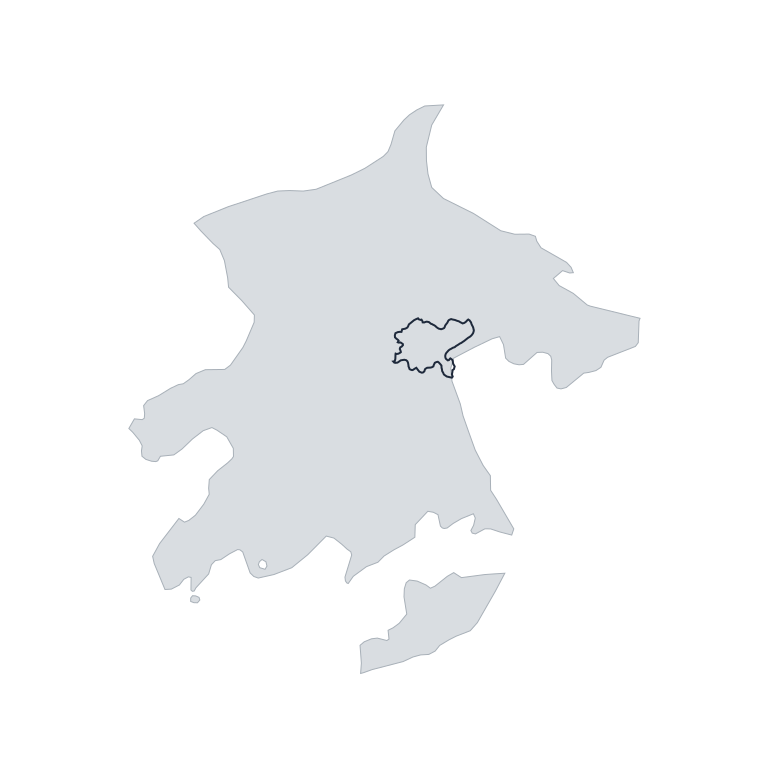 Imishli District, İmişli, Azerbaijan shown in context, rotated 286°
{"feature_id": "54616110B47039748407948", "entity_name": "Imishli District", "entity_type": "district", "adm_level": 2, "iso_a3": "AZE", "parent_name": "Azerbaijan", "parent_adm1": "İmişli", "projection": "equal_earth", "projection_center": [48.045, 39.875], "detail": "fine", "context": "in_parent", "style": "outline", "palette": "slate", "viewbox_px": 768, "rotation_deg": 286, "n_neighbors": 0, "source": "geoboundaries", "source_scale": "gbopen_adm2", "svg_char_len": 5702}
<svg xmlns="http://www.w3.org/2000/svg" viewBox="0 0 768 768"><g transform="rotate(286 384 384)"><path d="M517.7,612.0L514.8,611.8L493.8,617.0L489.4,615.3L471.3,591.6L467.6,589.0L459.8,587.9L455.3,584.0L451.6,577.7L449.5,573.0L430.9,560.2L428.1,555.5L427.8,551.4L430.5,547.7L433.6,544.5L442.7,541.4L453.3,538.6L456.7,536.6L458.4,533.2L458.3,527.8L456.5,522.4L441.3,512.7L439.7,508.5L439.2,503.3L440.1,498.0L442.4,493.8L454.8,488.0L461.4,482.1L457.3,475.5L443.9,460.4L428.1,443.9L417.6,443.8L405.4,448.6L385.9,462.8L375.1,468.8L361.0,478.8L345.6,489.9L333.0,501.8L325.2,511.5L311.2,515.8L304.1,524.0L280.5,548.7L274.0,548.4L273.7,536.1L274.1,526.4L272.6,520.9L265.1,513.2L265.0,509.9L267.1,507.9L272.9,509.1L280.3,508.7L283.9,505.7L276.0,495.6L269.0,488.9L263.0,484.4L261.7,481.7L261.7,479.7L263.0,477.4L273.3,471.9L274.3,466.8L273.7,461.2L257.4,452.8L245.2,455.9L234.4,446.5L227.4,439.3L218.7,431.5L211.0,427.3L203.6,417.5L190.7,407.5L182.4,404.6L182.5,403.1L184.1,401.2L187.6,399.7L210.7,400.1L213.6,398.3L215.1,394.0L218.3,387.6L222.1,378.3L221.9,370.4L198.8,357.7L182.0,346.0L170.5,330.7L162.8,316.6L163.1,311.9L165.5,307.4L183.6,294.5L184.9,291.2L184.5,288.9L178.2,282.3L170.2,275.5L167.7,270.5L162.7,267.9L153.1,267.8L136.3,259.4L132.7,258.6L131.9,256.9L132.8,255.2L144.9,251.9L144.7,249.1L141.1,245.4L134.4,242.7L128.2,236.1L126.1,230.1L148.1,212.6L154.6,209.1L168.8,212.3L198.2,223.9L196.2,230.3L199.1,234.0L205.9,238.9L218.8,243.9L229.8,246.4L235.4,244.2L244.0,242.4L254.9,248.1L265.0,255.4L270.1,258.4L272.8,259.3L280.6,256.9L289.9,247.4L293.6,236.1L294.7,230.6L289.3,223.1L278.3,215.0L265.9,207.8L257.9,201.5L252.9,189.0L247.8,187.7L246.5,186.0L245.7,181.8L245.9,175.9L247.8,171.3L252.8,169.3L257.9,168.6L262.5,164.3L268.4,155.7L270.9,151.0L281.7,153.7L283.1,161.4L285.0,163.0L289.5,162.1L297.0,158.9L302.9,161.3L310.5,170.4L321.0,180.0L326.7,186.5L328.9,191.0L334.3,195.3L342.2,200.4L348.5,208.3L354.1,226.9L359.8,231.2L380.2,238.3L387.4,239.7L407.5,242.2L414.6,240.4L424.9,224.4L434.2,207.9L442.9,204.5L458.6,196.6L468.0,189.1L471.9,181.0L480.7,165.7L486.2,157.1L495.4,164.7L511.5,185.4L534.5,219.1L540.2,228.7L543.9,239.8L547.2,253.2L552.5,265.1L576.0,295.1L586.1,306.2L602.6,320.6L608.5,323.8L616.2,324.7L630.3,324.7L643.3,330.4L649.8,334.3L656.5,340.0L662.5,346.6L668.7,364.3L646.1,358.5L623.3,359.4L610.5,363.2L598.0,368.4L586.1,375.7L578.7,390.0L572.6,423.0L563.5,454.0L564.0,468.4L568.1,482.2L567.7,488.8L563.4,491.5L558.2,497.4L551.2,526.0L547.7,531.7L543.2,535.3L541.9,531.9L542.2,524.4L532.1,517.7L526.9,525.2L523.3,540.9L516.0,557.5L515.7,560.7L517.7,612.0ZM180.6,319.5L181.7,315.1L178.8,313.2L175.8,313.0L173.2,315.2L173.1,320.7L176.7,321.7L180.6,319.5ZM104.1,448.4L100.8,443.8L99.3,441.3L109.4,439.2L126.2,433.0L130.7,436.0L135.6,442.2L137.9,447.6L138.2,457.5L140.2,459.1L148.4,455.8L152.0,459.8L158.2,464.6L169.1,469.3L184.9,461.9L192.7,460.0L199.1,460.1L202.6,462.5L203.7,470.2L202.4,479.7L200.5,484.9L203.7,488.7L216.6,497.9L221.9,503.0L219.2,511.8L228.6,533.4L231.7,541.9L235.4,552.3L215.7,548.2L180.3,539.5L170.6,534.9L161.5,522.9L156.1,517.1L148.1,509.6L141.4,506.8L136.4,501.6L133.7,493.9L129.5,487.0L122.4,478.8L106.2,451.3L104.1,448.4ZM127.9,265.0L125.6,266.5L122.3,265.0L121.4,261.6L121.7,258.1L125.0,257.2L127.7,258.3L128.4,261.4L127.9,265.0Z" fill="#d9dde1" stroke="#a8b0b8" stroke-width="1"/><path d="M456.5,398.6L455.2,397.0L453.6,395.3L449.7,392.6L448.2,391.5L446.3,391.3L444.7,390.9L443.1,389.3L441.6,386.4L441.0,386.4L438.9,386.4L438.5,384.8L437.7,383.0L436.0,381.0L433.8,381.0L431.9,381.7L431.0,383.3L430.3,385.2L429.7,386.1L427.9,385.7L427.8,386.6L428.5,388.5L427.6,391.1L426.6,391.5L425.0,390.8L423.6,389.5L422.0,389.5L421.5,390.0L419.8,391.2L419.2,391.4L418.2,390.6L417.1,389.5L416.3,387.8L416.4,386.8L416.0,386.8L413.6,387.4L411.2,388.0L409.0,388.0L408.4,387.1L408.2,386.7L407.4,388.0L407.5,389.2L408.3,391.1L409.6,392.2L411.3,393.5L412.1,395.1L412.9,396.9L413.0,398.8L412.3,400.2L411.1,401.2L409.7,401.9L408.6,402.4L407.5,402.8L406.8,403.5L405.5,404.3L405.2,405.0L405.1,406.3L405.1,407.2L405.7,408.1L406.7,408.9L407.8,409.9L408.5,410.6L407.6,411.8L406.9,412.7L406.0,414.0L405.6,414.5L405.4,416.0L405.3,417.3L405.9,418.4L407.3,419.3L408.8,419.3L409.9,419.5L411.5,421.0L412.1,422.7L412.6,424.2L413.3,425.4L414.5,426.6L415.8,426.6L418.4,427.0L419.5,428.3L420.2,429.6L419.7,430.9L419.0,432.0L418.3,433.1L417.6,434.1L415.3,434.9L414.4,435.5L412.4,436.4L411.1,437.8L409.7,438.9L409.1,440.5L408.5,442.3L408.6,444.0L408.7,446.3L408.8,447.5L410.0,448.0L411.3,447.1L412.1,446.6L413.6,446.5L414.7,446.4L416.1,446.0L417.5,447.1L420.4,447.1L421.4,446.0L422.4,445.0L423.3,444.5L425.2,443.7L426.1,442.9L426.6,441.7L426.9,440.7L426.2,440.3L424.9,439.8L424.3,438.8L425.3,436.6L426.2,435.8L427.9,435.1L429.6,435.0L431.2,435.4L432.4,436.0L434.1,436.8L435.3,437.7L436.3,438.8L437.8,440.2L438.9,441.8L440.4,442.8L442.1,444.4L443.9,445.9L444.8,447.0L446.1,448.0L447.1,448.9L448.6,450.0L449.9,450.9L450.7,451.5L451.7,452.2L452.9,453.4L453.9,454.1L454.9,454.7L455.9,455.1L457.3,455.6L459.1,455.7L460.6,455.5L461.3,455.0L462.5,454.4L463.6,453.6L464.8,452.4L466.0,451.4L467.2,450.7L468.0,449.6L468.7,448.8L469.2,447.2L468.4,446.6L467.2,446.0L466.1,445.4L464.8,444.3L463.9,442.9L464.2,441.6L464.4,440.4L464.9,438.7L464.9,436.7L465.1,434.6L464.9,432.1L464.9,430.6L463.6,429.0L462.7,428.4L460.4,428.0L458.7,427.3L457.1,426.7L455.1,426.6L454.3,426.3L453.3,425.2L452.4,423.8L452.3,421.3L452.7,419.9L453.3,418.4L453.8,417.6L454.3,416.1L454.5,414.8L454.8,413.8L454.8,412.7L455.3,411.5L455.9,410.1L455.8,408.8L455.7,407.9L455.1,406.8L454.2,405.6L453.9,404.2L454.8,403.8L455.6,403.0L456.2,402.3L455.7,401.6L455.8,399.4L456.5,398.6Z" fill="none" stroke="#1e293b" stroke-width="2"/></g></svg>